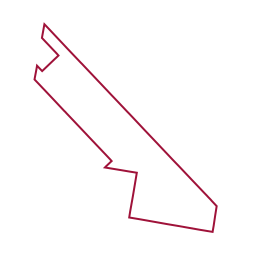 outline of 9 de Julio, Chaco, Argentina, rotated 189°
{"feature_id": "61730980B13427760820692", "entity_name": "9 de Julio", "entity_type": "district", "adm_level": 2, "iso_a3": "ARG", "parent_name": "Argentina", "parent_adm1": "Chaco", "projection": "orthographic", "projection_center": [-61.238, -27.011], "detail": "fine", "context": "isolated", "style": "outline", "palette": "rose", "viewbox_px": 256, "rotation_deg": 189, "n_neighbors": 0, "source": "geoboundaries", "source_scale": "gbopen_adm2", "svg_char_len": 1010}
<svg xmlns="http://www.w3.org/2000/svg" viewBox="0 0 256 256"><g transform="rotate(189 128 128)"><path d="M28.2,64.7L34.0,69.2L34.9,70.0L36.2,71.0L37.7,72.1L39.2,73.3L42.9,76.1L57.4,87.2L71.8,98.3L75.4,101.0L79.1,103.8L93.5,114.9L94.0,115.3L95.3,116.3L111.6,128.8L127.7,141.3L129.4,142.6L131.3,144.0L132.6,145.0L147.3,156.3L148.5,157.2L163.7,168.9L165.4,170.2L166.3,170.9L181.5,182.6L183.3,184.0L185.1,185.3L200.5,197.1L208.1,203.0L224.4,215.6L226.8,217.4L227.1,203.5L209.8,190.2L208.0,188.7L210.3,185.7L210.8,185.1L220.3,172.6L221.7,170.8L227.6,175.3L227.6,173.2L227.7,169.1L227.9,162.6L227.9,161.3L212.4,149.4L210.7,148.1L193.8,135.0L193.0,134.4L192.7,134.3L191.4,133.2L167.6,114.9L165.8,113.5L164.9,112.8L140.8,94.3L139.0,92.8L143.4,87.1L143.7,86.7L144.6,85.4L128.7,85.3L119.0,85.2L116.2,85.2L112.3,85.2L112.5,62.0L112.8,46.0L112.8,39.8L101.4,39.7L90.3,39.5L74.6,39.2L63.5,39.1L40.5,38.7L37.5,38.7L28.2,38.6L28.1,44.5L28.2,55.1L28.2,60.3L28.2,64.7Z" fill="none" stroke="#9f1239" stroke-width="2"/></g></svg>